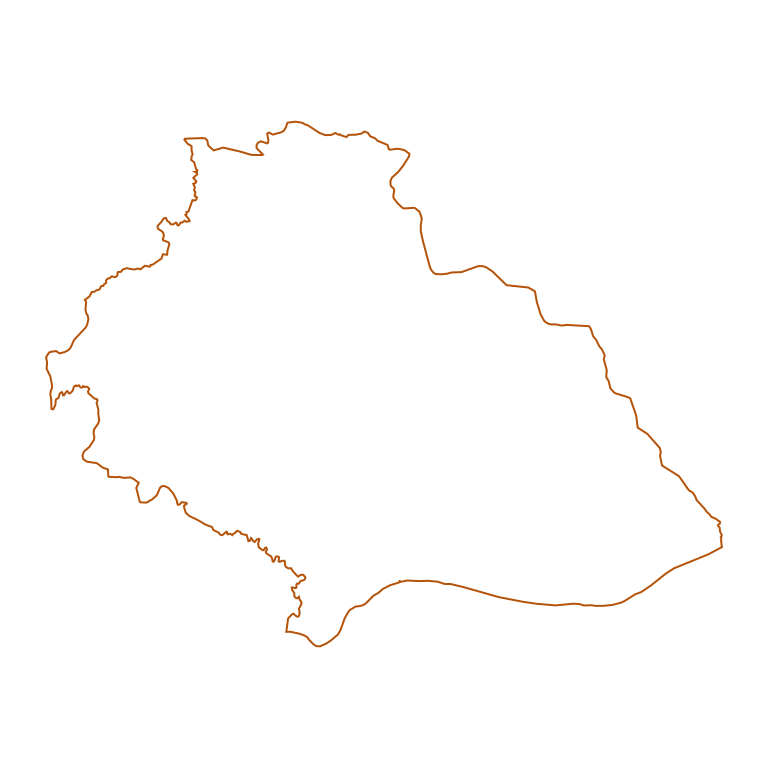 outline of Alas, Manufahi, East Timor
{"feature_id": "22284137B36199594403094", "entity_name": "Alas", "entity_type": "district", "adm_level": 2, "iso_a3": "TLS", "parent_name": "East Timor", "parent_adm1": "Manufahi", "projection": "mercator", "projection_center": [125.842, -9.043], "detail": "fine", "context": "isolated", "style": "outline", "palette": "amber", "viewbox_px": 768, "rotation_deg": 0, "n_neighbors": 0, "source": "geoboundaries", "source_scale": "gbopen_adm2", "svg_char_len": 6034}
<svg xmlns="http://www.w3.org/2000/svg" viewBox="0 0 768 768"><path d="M721.9,547.1L721.1,541.0L721.3,538.4L720.7,537.3L721.8,535.8L721.6,534.7L720.1,531.6L719.6,527.6L718.0,525.8L718.2,524.8L719.8,523.7L720.1,522.0L716.0,518.9L711.4,516.9L709.6,514.4L706.5,511.6L704.9,509.1L696.5,499.9L695.3,496.5L692.8,492.7L688.8,490.2L679.0,476.2L662.0,465.5L660.4,457.6L660.1,455.4L660.8,452.1L659.7,447.9L647.6,434.1L637.7,427.6L636.2,415.7L630.4,398.7L629.8,398.0L625.8,396.5L615.7,393.4L614.0,392.4L610.4,388.4L608.6,381.0L606.2,376.9L606.8,370.4L603.8,359.4L604.7,355.8L604.3,354.5L602.2,349.8L599.2,346.1L596.0,339.7L593.2,336.3L591.1,329.7L589.6,326.8L588.9,326.2L566.5,324.9L561.9,325.6L555.5,324.3L551.3,324.5L548.6,323.8L546.5,322.7L544.2,320.9L540.7,314.5L536.9,302.3L534.9,291.3L528.3,287.5L506.6,285.2L492.4,271.4L486.0,267.2L482.6,266.1L478.0,266.2L461.5,272.1L451.2,272.5L447.6,273.6L441.9,274.3L435.4,274.0L433.4,272.6L430.8,269.3L429.6,265.9L423.3,242.5L420.8,231.6L420.8,225.2L421.8,218.4L419.5,211.8L415.3,208.3L413.8,207.8L405.2,208.4L403.4,208.3L402.1,207.5L397.8,203.5L393.7,198.2L393.3,196.2L394.2,190.4L393.7,188.5L391.2,186.4L390.6,185.2L390.4,181.3L391.9,177.6L398.1,172.1L403.0,165.9L408.1,157.9L409.2,155.8L409.4,153.8L404.5,150.2L399.8,149.0L396.8,148.8L389.9,149.7L388.9,149.2L387.5,144.9L377.6,140.8L375.1,138.3L370.2,136.3L368.0,133.0L365.1,131.7L364.2,131.6L361.7,133.5L355.8,134.7L348.5,134.9L346.5,137.1L340.3,135.0L339.9,134.3L338.7,134.7L337.7,134.4L335.5,133.0L331.0,135.0L325.1,135.1L319.6,133.0L307.7,125.2L304.9,124.4L302.4,122.8L295.6,121.7L287.9,122.6L287.1,123.4L286.0,127.3L283.6,130.9L281.7,132.1L272.9,134.6L269.0,132.6L268.1,132.9L267.2,133.8L268.4,140.3L267.9,143.0L267.0,143.4L261.0,141.3L258.1,142.6L256.6,145.0L256.6,148.1L262.9,154.6L261.6,155.1L251.5,154.9L239.9,151.5L223.2,147.6L213.6,150.4L208.3,145.5L207.2,140.3L205.2,138.4L201.5,138.1L185.0,138.7L184.4,139.6L186.2,142.0L187.9,144.0L191.3,145.9L191.6,146.6L191.5,150.0L192.6,154.3L191.7,156.2L191.2,160.0L194.2,162.3L196.0,168.8L197.5,170.5L196.9,171.5L194.9,171.8L196.9,173.0L197.2,174.4L193.3,177.8L196.3,181.4L195.5,183.0L193.3,183.8L194.9,187.4L194.1,190.4L195.4,192.1L194.6,195.8L195.1,196.5L196.3,196.7L197.0,197.8L195.9,200.0L194.0,200.5L192.5,200.1L188.4,211.5L186.4,212.1L186.5,214.2L185.4,215.0L188.9,219.2L189.6,221.1L186.2,221.8L184.7,220.7L182.6,222.4L180.4,222.8L179.1,225.1L177.6,225.4L176.7,223.1L176.0,222.6L173.1,224.4L170.8,224.3L169.4,222.3L167.3,221.0L165.9,217.9L163.6,218.4L161.7,221.5L157.6,226.0L157.6,227.2L158.4,229.1L161.5,231.0L163.2,232.7L163.9,235.9L162.8,239.1L163.1,240.3L168.3,242.2L169.4,244.1L167.5,250.6L167.1,254.7L162.8,254.3L161.6,258.4L153.1,264.4L150.4,265.1L150.3,266.3L149.3,266.7L145.0,265.7L140.5,269.3L138.0,268.5L134.4,269.5L126.4,268.2L122.9,269.5L120.8,271.9L118.0,272.0L117.5,273.1L117.5,275.3L115.9,276.8L114.4,277.1L111.8,276.3L109.7,278.2L107.8,278.6L106.6,279.6L106.0,280.6L106.2,282.8L104.2,284.2L103.3,285.9L101.4,286.0L99.3,289.6L96.9,290.1L94.4,291.7L91.7,292.1L89.5,296.4L84.8,299.9L86.1,301.8L85.5,310.2L86.6,314.0L87.7,315.6L88.4,319.1L87.2,324.4L85.8,327.4L74.0,340.0L70.8,347.2L69.5,349.1L67.4,350.7L64.5,352.1L59.5,353.4L56.2,351.1L50.7,351.8L48.9,352.7L46.1,357.3L47.1,362.5L46.6,368.8L50.4,376.5L52.1,385.9L52.0,388.0L50.8,390.9L50.3,394.1L51.2,399.4L51.4,408.8L53.2,409.4L55.4,404.8L55.8,399.6L58.4,398.0L59.8,393.5L61.8,392.1L62.6,393.3L62.9,395.2L64.0,395.3L66.6,391.3L67.4,391.1L68.9,393.3L69.9,393.4L72.5,391.0L74.1,386.5L75.9,385.4L77.0,386.2L78.9,385.3L80.4,387.3L81.4,387.6L83.1,387.1L83.2,386.2L84.8,386.9L86.5,386.7L87.6,387.2L89.0,388.4L89.2,389.2L88.0,391.4L88.4,393.2L94.5,398.6L96.9,399.1L97.5,400.3L96.6,403.0L98.4,409.7L98.2,413.2L99.2,420.6L98.0,423.8L94.0,429.5L93.6,433.3L94.3,436.4L94.1,439.6L89.4,446.9L84.4,451.1L83.7,452.4L82.4,455.6L83.3,459.0L86.2,461.3L88.0,461.9L96.8,463.1L102.7,467.6L107.9,469.4L108.3,476.1L108.8,476.8L116.0,477.2L119.3,476.9L123.9,477.9L130.3,477.4L132.7,478.4L138.7,482.7L136.3,488.0L139.7,501.5L140.4,502.3L146.4,502.6L151.8,499.6L156.8,495.3L160.1,487.7L161.7,486.3L164.5,486.0L168.5,488.0L173.2,493.4L177.0,501.0L177.2,503.5L178.1,504.9L180.0,504.2L181.6,502.2L186.2,502.8L186.8,503.7L184.0,505.7L184.2,507.6L185.8,512.8L189.1,515.9L197.7,520.0L205.5,524.6L212.1,527.1L213.4,530.0L218.8,532.7L220.2,534.7L222.3,535.2L226.4,531.7L227.1,532.1L227.1,533.5L227.7,534.3L230.2,533.8L232.3,535.1L232.9,534.1L234.7,533.2L237.1,530.8L240.4,532.1L241.0,533.7L241.9,534.0L246.7,535.1L248.4,541.1L249.8,540.8L251.1,538.0L252.3,539.4L252.6,540.5L254.7,542.0L257.0,539.3L259.1,538.9L259.4,539.8L258.1,543.4L258.8,547.3L262.5,550.2L263.7,550.2L265.0,547.9L266.2,547.6L267.0,549.4L265.8,552.0L266.4,553.4L271.0,556.3L272.0,558.2L272.7,561.5L274.0,561.5L275.7,557.0L276.5,556.4L278.6,556.7L279.1,557.7L278.5,561.2L279.6,561.9L281.8,560.9L284.3,560.7L284.8,561.3L285.1,565.5L285.9,566.9L288.4,568.4L291.0,568.2L292.9,571.2L296.8,575.5L298.3,576.6L300.1,575.2L302.5,574.6L303.5,575.0L305.3,577.2L305.3,578.5L303.9,580.1L300.6,581.0L298.7,583.7L297.4,583.5L296.4,584.4L296.3,587.8L295.2,588.2L292.7,587.3L291.7,587.7L292.2,590.0L294.2,592.8L294.4,596.5L296.2,598.1L297.3,598.3L298.9,596.8L299.7,599.7L301.3,601.9L301.5,603.7L298.9,608.9L299.7,612.9L299.1,615.6L297.9,616.8L296.4,616.3L293.4,613.6L291.3,615.0L288.1,618.5L286.3,631.8L290.6,631.8L299.4,633.7L304.4,635.5L307.3,637.2L309.3,640.1L313.6,644.4L316.6,646.2L320.1,646.3L326.2,643.6L330.5,640.8L338.0,634.4L340.3,630.5L344.8,618.1L348.7,611.3L350.2,609.8L355.5,606.6L360.8,605.9L364.0,604.7L366.6,602.7L373.4,595.7L378.4,592.9L382.9,588.9L390.0,585.3L399.4,582.3L399.8,581.7L399.3,580.3L400.6,581.9L407.1,580.5L420.1,581.1L428.0,580.8L437.7,581.7L444.8,584.0L450.6,584.0L463.1,587.0L498.8,597.1L522.5,601.7L536.7,603.8L555.7,605.4L573.0,603.7L579.1,604.0L584.2,605.5L590.9,605.2L595.7,605.9L602.7,605.9L612.0,605.0L620.3,602.9L624.1,601.3L635.2,594.3L641.3,592.0L650.9,585.5L665.7,573.7L674.0,568.3L708.4,554.3L721.9,547.1Z" fill="none" stroke="#b45309" stroke-width="2"/></svg>